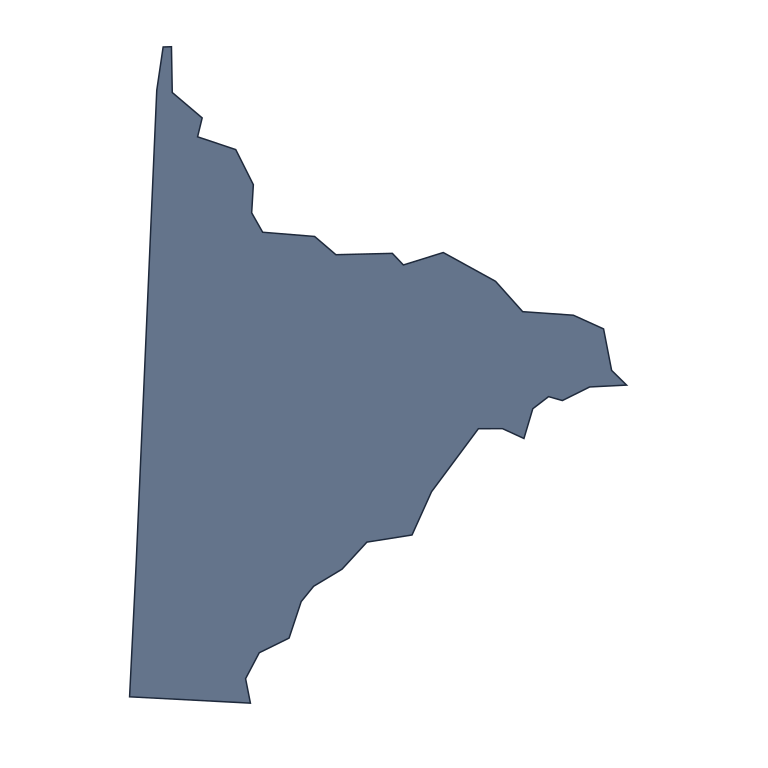 Bradford, Florida, United States of America, rotated 183°
{"feature_id": "52423323B57345599867870", "entity_name": "Bradford", "entity_type": "district", "adm_level": 2, "iso_a3": "USA", "parent_name": "United States of America", "parent_adm1": "Florida", "projection": "robinson", "projection_center": [-82.215, 29.931], "detail": "fine", "context": "isolated", "style": "filled", "palette": "slate", "viewbox_px": 768, "rotation_deg": 183, "n_neighbors": 0, "source": "geoboundaries", "source_scale": "gbopen_adm2", "svg_char_len": 659}
<svg xmlns="http://www.w3.org/2000/svg" viewBox="0 0 768 768"><g transform="rotate(183 384 384)"><path d="M500.7,58.3L506.8,82.5L494.5,109.1L465.5,125.3L455.3,162.4L443.7,178.3L416.2,196.9L392.8,225.2L348.1,234.7L330.9,278.9L287.4,344.3L263.3,345.6L241.4,336.9L234.1,367.1L219.0,380.0L205.0,376.8L178.5,391.8L141.7,395.6L157.4,409.5L167.6,450.5L198.5,462.6L249.3,463.5L278.0,492.4L331.7,518.4L370.9,503.9L382.5,514.9L438.8,510.6L461.0,527.7L513.1,529.2L525.1,548.0L524.9,576.2L544.3,610.3L583.1,621.1L579.5,640.2L610.7,664.0L613.9,709.7L622.2,709.0L626.3,665.4L622.1,192.0L621.7,58.3L500.7,58.3Z" fill="#64748b" stroke="#1e293b" stroke-width="1.5"/></g></svg>